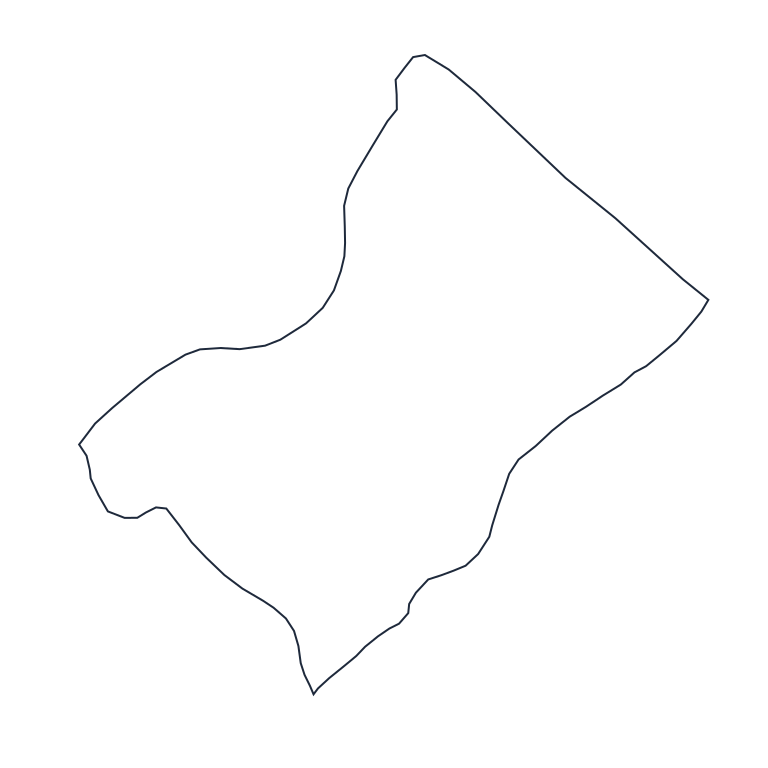 Lombo-Bouenguidi, Ogooué-Lolo, Gabon (Albers equal-area conic projection), rotated 41°
{"feature_id": "22940354B47016566751071", "entity_name": "Lombo-Bouenguidi", "entity_type": "district", "adm_level": 2, "iso_a3": "GAB", "parent_name": "Gabon", "parent_adm1": "Ogooué-Lolo", "projection": "albers", "projection_center": [12.662, -1.615], "detail": "fine", "context": "isolated", "style": "outline", "palette": "slate", "viewbox_px": 768, "rotation_deg": 41, "n_neighbors": 0, "source": "geoboundaries", "source_scale": "gbopen_adm2", "svg_char_len": 1329}
<svg xmlns="http://www.w3.org/2000/svg" viewBox="0 0 768 768"><g transform="rotate(41 384 384)"><path d="M573.6,107.7L540.9,108.9L449.9,107.1L385.8,109.4L307.6,105.9L261.5,103.6L226.5,104.2L199.0,108.9L191.5,118.2L192.1,131.6L193.2,146.8L203.7,157.3L213.6,168.4L214.2,183.5L218.9,210.9L224.2,240.7L228.8,259.9L237.0,275.7L251.0,290.8L262.1,303.1L270.3,313.6L277.3,327.0L284.8,346.2L287.8,366.7L285.4,389.4L276.7,418.6L269.1,433.1L252.2,452.4L237.0,464.1L222.4,478.6L214.9,492.1L204.4,524.1L200.3,544.0L194.6,580.6L191.9,603.4L193.3,624.4L193.6,629.7L206.6,633.3L218.2,641.7L224.6,647.7L241.5,655.2L259.2,661.3L276.1,655.2L285.6,646.8L288.6,637.2L292.9,626.7L301.4,620.8L322.1,624.9L342.8,629.7L363.8,631.7L388.8,632.9L411.4,631.3L435.1,626.9L447.4,625.3L463.8,625.3L478.1,629.4L491.3,637.9L504.3,649.3L514.8,655.6L526.2,660.4L534.4,664.4L533.9,657.1L535.6,641.9L539.1,622.1L541.5,607.5L542.1,594.7L545.0,578.4L548.5,565.0L552.6,555.0L552.6,541.0L547.3,533.5L545.0,520.6L545.6,502.5L552.6,490.9L559.0,479.2L561.5,474.2L564.8,467.6L566.6,450.6L563.7,430.2L558.4,419.7L549.7,399.9L544.4,386.5L537.4,369.6L535.1,352.7L539.2,331.1L541.5,308.9L545.6,286.8L551.4,268.7L556.7,249.4L563.1,229.0L565.4,210.9L570.1,198.7L573.0,181.8L576.5,159.6L576.5,136.9L576.0,121.1L573.6,107.7Z" fill="none" stroke="#1e293b" stroke-width="2"/></g></svg>